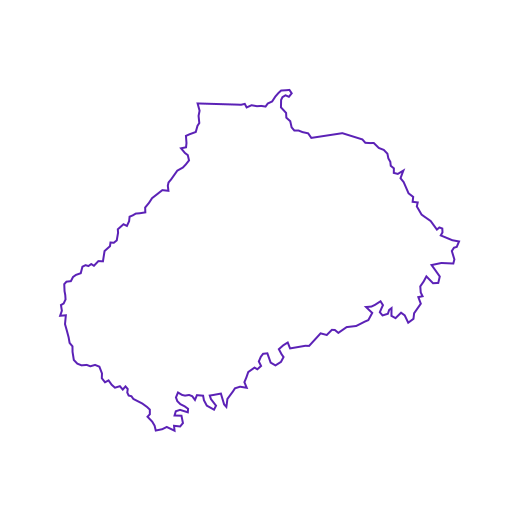 São Martinho da Serra, Rio Grande do Sul, Brazil (Natural Earth projection), rotated 171°
{"feature_id": "56859067B1890205417469", "entity_name": "São Martinho da Serra", "entity_type": "district", "adm_level": 2, "iso_a3": "BRA", "parent_name": "Brazil", "parent_adm1": "Rio Grande do Sul", "projection": "natural_earth1", "projection_center": [-53.88, -29.477], "detail": "fine", "context": "isolated", "style": "outline", "palette": "violet", "viewbox_px": 512, "rotation_deg": 171, "n_neighbors": 0, "source": "geoboundaries", "source_scale": "gbopen_adm2", "svg_char_len": 3356}
<svg xmlns="http://www.w3.org/2000/svg" viewBox="0 0 512 512"><g transform="rotate(171 256 256)"><path d="M456.3,238.1L456.3,232.3L458.8,227.6L453.1,227.2L455.3,218.6L454.5,211.8L453.8,205.0L453.7,199.3L451.4,195.5L452.2,190.0L452.2,181.8L449.3,177.6L445.4,175.3L440.2,174.9L436.9,173.0L432.0,173.6L428.0,171.2L426.5,164.1L427.4,159.4L424.9,154.9L421.1,156.2L418.7,151.4L415.9,148.0L410.8,148.7L408.5,144.9L405.3,147.6L403.5,144.7L404.5,141.3L403.6,138.1L401.0,137.0L399.5,134.0L391.4,128.1L387.2,123.9L384.9,120.9L385.6,116.3L388.3,114.2L384.4,108.6L382.7,104.3L382.3,99.3L375.7,99.6L370.9,101.1L363.8,96.2L363.5,101.1L357.6,99.5L354.3,102.4L354.6,109.9L361.4,111.2L359.5,115.2L355.1,115.9L347.8,112.3L347.0,115.7L350.0,118.7L353.9,121.5L356.4,124.9L357.2,128.8L354.4,133.4L350.7,130.3L347.9,129.2L343.8,129.2L340.9,127.5L338.8,123.4L336.1,127.8L330.1,126.3L330.0,121.7L328.0,115.9L321.5,110.8L318.9,114.4L322.9,121.7L323.5,125.4L320.1,125.4L312.2,125.6L310.7,114.4L308.9,111.6L307.9,114.8L306.6,119.3L299.9,125.9L297.5,128.6L292.2,129.4L285.8,127.3L287.2,133.2L284.6,137.4L281.8,142.6L274.9,146.0L272.4,143.9L268.2,146.6L269.7,151.4L267.0,155.7L264.3,158.3L260.0,158.1L258.2,148.4L253.9,144.9L247.9,147.5L244.6,151.9L246.1,154.9L248.0,160.4L243.1,163.5L238.2,165.6L236.8,159.4L221.4,159.6L217.6,158.9L204.3,169.5L198.5,166.9L192.6,171.2L189.7,170.6L186.7,167.2L177.6,171.6L168.0,171.2L158.7,174.2L155.1,175.1L150.1,181.6L152.2,184.3L155.3,188.4L149.9,188.0L146.2,189.1L140.1,191.8L138.3,187.6L140.3,184.6L142.5,181.1L140.3,177.5L134.8,178.3L132.9,181.9L130.3,183.3L131.6,175.7L127.9,172.8L121.6,177.3L118.4,174.1L116.1,166.3L110.3,169.3L108.8,174.7L100.7,183.1L102.1,190.0L97.8,190.2L99.0,194.2L98.5,200.3L94.4,204.6L90.9,209.2L85.4,201.4L80.2,200.9L77.7,207.0L81.8,215.3L84.0,219.6L74.0,220.1L62.3,217.7L60.6,221.6L61.8,230.3L59.2,233.2L56.3,233.6L53.2,238.6L59.7,240.9L70.3,247.4L68.1,250.2L67.7,254.0L70.4,255.5L73.2,253.8L78.0,263.2L83.1,268.1L86.0,271.0L89.4,279.8L87.9,283.6L92.8,285.0L91.5,289.8L95.5,294.0L98.6,305.9L101.1,310.2L99.1,313.8L97.1,317.3L103.1,314.9L106.9,316.5L106.1,321.0L108.8,324.0L108.6,328.0L110.0,331.7L110.2,336.5L113.2,340.8L117.8,343.5L122.0,349.2L125.7,349.7L130.3,350.7L132.7,354.5L151.5,363.8L182.9,364.0L185.3,369.0L190.7,371.1L194.4,373.3L198.5,373.9L200.7,377.5L201.1,383.8L204.4,387.9L203.9,392.6L208.1,398.9L206.8,406.2L205.0,408.8L201.7,410.1L198.6,408.1L195.3,411.1L197.0,414.8L200.2,415.0L205.3,415.5L208.3,413.5L211.9,410.5L215.9,406.1L220.5,404.8L223.2,402.1L227.3,403.4L231.6,403.8L236.8,405.6L242.0,404.2L243.3,408.0L247.1,407.7L251.1,408.5L289.8,415.8L289.0,408.3L290.8,403.4L291.2,396.2L293.4,393.8L296.1,387.9L302.7,386.6L306.4,385.6L307.0,378.4L308.1,374.3L313.2,374.1L310.1,368.9L307.6,366.3L307.2,360.9L311.0,357.4L314.4,354.8L320.4,352.6L324.4,348.5L327.9,344.9L330.9,342.3L332.1,339.2L332.3,334.1L338.2,335.7L349.6,329.4L353.3,325.3L357.9,321.2L358.5,316.4L364.1,316.4L368.1,316.7L371.4,315.4L374.7,314.6L375.9,310.2L378.8,305.9L381.9,308.1L388.3,304.0L388.6,300.5L391.1,293.2L394.4,291.3L397.6,292.1L398.7,288.5L404.8,284.6L408.0,274.7L412.5,275.6L417.6,271.7L420.0,273.8L423.1,272.3L425.8,273.6L429.1,272.6L431.8,266.4L436.8,265.5L440.0,263.9L442.8,260.1L447.2,260.3L449.8,258.2L450.6,251.2L450.5,247.2L450.9,242.9L453.4,239.2L456.3,238.1Z" fill="none" stroke="#5b21b6" stroke-width="2"/></g></svg>